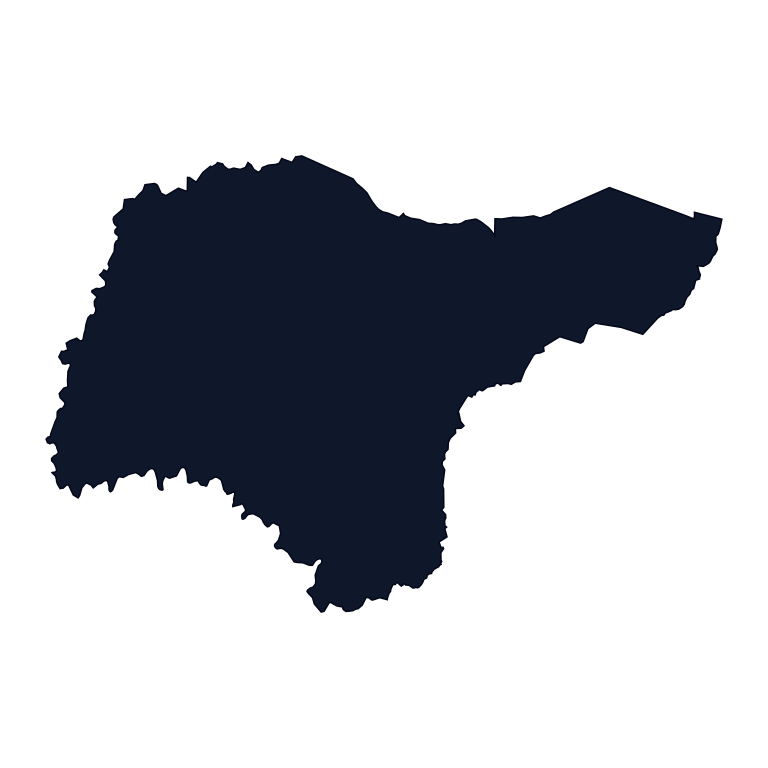 the district of Otzoloapan, México, Mexico
{"feature_id": "50627088B59132907340697", "entity_name": "Otzoloapan", "entity_type": "district", "adm_level": 2, "iso_a3": "MEX", "parent_name": "Mexico", "parent_adm1": "México", "projection": "natural_earth1", "projection_center": [-100.312, 19.099], "detail": "fine", "context": "isolated", "style": "filled", "palette": "ink", "viewbox_px": 768, "rotation_deg": 0, "n_neighbors": 0, "source": "geoboundaries", "source_scale": "gbopen_adm2", "svg_char_len": 6044}
<svg xmlns="http://www.w3.org/2000/svg" viewBox="0 0 768 768"><path d="M694.4,212.3L694.5,216.3L693.7,218.9L685.8,215.7L609.5,187.6L553.8,212.0L550.4,214.6L545.8,215.9L540.3,218.0L533.6,215.9L522.4,217.5L512.9,217.3L501.9,219.0L495.0,218.7L494.6,235.5L491.4,230.9L488.7,227.8L481.4,222.1L477.0,219.5L475.4,219.1L465.4,220.9L462.0,223.0L458.5,224.2L454.6,224.0L451.0,224.7L445.4,223.7L440.1,224.8L437.4,224.6L433.4,223.6L428.2,223.3L419.6,219.6L410.6,218.2L404.7,215.6L403.4,213.5L399.6,217.2L398.4,217.3L387.7,213.0L382.5,211.8L378.3,209.1L375.6,206.2L371.7,200.9L366.9,192.8L362.6,188.5L356.5,183.4L353.1,178.9L301.8,155.9L295.5,156.9L292.2,162.5L281.7,158.5L279.3,163.1L276.0,164.4L268.6,165.1L262.3,167.5L260.9,170.5L258.3,172.3L253.8,169.4L251.3,165.1L248.0,162.5L245.4,167.5L240.2,169.4L233.5,168.1L230.4,169.2L228.0,169.2L224.2,166.3L222.6,163.9L217.4,162.6L216.6,164.0L211.9,166.9L210.5,166.2L202.8,172.5L196.2,182.2L189.5,177.5L187.5,177.4L187.3,189.9L186.6,191.3L178.4,188.2L166.0,195.6L161.2,193.3L157.7,185.7L156.7,184.5L154.5,183.5L145.0,184.7L142.9,190.7L138.6,194.9L134.9,199.2L132.4,198.6L124.5,199.6L123.2,208.9L113.8,217.0L113.1,219.3L113.8,222.7L115.4,225.1L117.1,226.1L117.3,227.7L115.2,229.9L114.8,232.1L115.4,233.6L117.4,235.2L118.3,235.1L118.5,237.4L118.0,240.1L116.0,241.4L114.7,244.3L114.2,251.5L109.3,260.6L108.1,264.0L109.5,267.3L107.3,271.7L103.8,269.8L102.3,272.4L99.6,274.9L105.3,280.7L105.7,283.0L105.7,285.0L105.3,286.0L103.6,287.2L99.7,288.7L96.2,288.4L92.0,290.6L91.8,292.0L97.3,297.1L95.2,299.5L94.3,301.5L94.5,305.8L95.8,308.2L95.6,311.3L94.3,314.3L92.7,315.0L90.5,315.1L88.0,317.8L86.0,324.4L85.1,330.4L84.2,333.1L83.1,339.3L81.7,340.8L80.0,340.8L76.7,338.2L69.9,340.8L66.2,343.2L67.8,349.8L63.9,351.4L61.5,351.3L58.9,356.7L58.9,357.2L61.1,360.2L62.6,363.6L65.2,364.1L68.8,363.1L70.8,364.6L68.0,371.3L67.5,380.6L67.8,386.9L63.8,388.1L59.2,393.6L60.2,397.7L64.6,402.3L65.0,404.3L62.4,408.5L60.5,408.5L58.0,410.7L57.2,412.1L57.1,417.4L54.9,422.3L50.7,434.0L50.4,436.4L47.7,437.3L46.1,439.2L47.5,442.7L49.9,443.8L50.8,443.2L53.5,442.7L54.7,443.5L56.9,446.9L56.8,447.8L58.5,452.5L56.2,455.0L54.2,455.8L51.6,458.4L51.6,460.7L54.0,463.2L55.8,466.9L56.6,470.4L56.3,471.1L54.6,472.3L52.7,472.3L52.0,472.7L55.5,476.1L56.4,479.2L56.7,481.9L57.6,484.4L60.1,488.6L63.2,488.1L66.8,484.8L68.7,485.3L73.3,495.0L78.1,497.9L79.6,495.6L81.9,487.7L85.5,483.4L86.9,483.1L91.1,485.1L93.2,487.9L97.7,484.2L101.3,483.3L103.0,481.7L105.3,480.4L107.6,481.1L109.1,486.7L108.9,488.3L109.2,490.4L110.3,491.8L111.4,491.3L112.7,489.9L117.1,478.6L119.0,476.7L123.3,477.4L128.7,474.4L135.6,472.6L138.0,473.7L141.3,476.3L143.9,475.6L147.0,471.1L149.9,469.0L151.1,468.6L152.6,468.6L153.4,469.2L154.3,470.0L155.4,472.5L157.5,480.4L157.8,486.5L158.7,488.5L160.1,489.7L162.1,490.2L163.0,489.6L162.3,484.3L162.5,481.5L164.5,477.0L165.6,476.3L169.4,478.2L176.5,475.9L179.9,469.3L181.2,467.9L183.3,467.3L185.0,468.3L186.1,470.5L187.4,476.3L187.6,481.5L188.1,482.4L189.2,483.0L190.9,482.8L194.7,481.1L197.9,480.7L200.3,484.3L201.2,485.0L202.8,485.4L204.0,485.3L206.0,486.2L206.7,485.8L209.2,480.0L212.8,478.5L214.7,477.0L217.6,477.5L220.9,479.8L221.6,480.9L223.8,489.5L224.9,491.3L226.7,492.8L226.7,493.7L227.3,494.2L228.4,494.1L231.2,493.1L231.4,492.7L233.7,492.1L234.6,492.5L234.7,494.5L233.6,499.3L233.8,502.3L232.8,505.0L232.8,506.6L240.6,504.5L241.3,503.8L242.9,504.3L245.8,510.0L245.0,511.7L242.1,514.3L241.7,516.1L242.1,518.9L243.0,519.2L244.9,518.3L246.9,515.7L248.6,514.3L253.2,513.7L259.7,517.0L262.1,519.4L263.3,522.2L265.0,524.7L267.4,526.9L269.1,526.3L271.9,523.3L273.8,522.9L276.3,524.4L279.3,525.7L280.6,533.6L278.5,540.2L276.0,543.3L274.8,544.2L274.5,545.9L275.5,547.8L277.1,548.9L280.9,548.3L283.1,548.8L288.0,552.4L294.1,561.8L296.7,562.4L302.9,562.8L309.1,565.2L311.6,565.4L312.4,565.3L315.0,561.4L316.7,559.8L319.2,558.8L320.8,558.8L322.0,560.7L321.5,563.1L318.3,566.1L315.2,575.1L315.8,580.9L315.4,584.0L313.1,587.0L310.0,588.2L307.5,590.2L307.0,591.5L308.9,594.0L312.5,597.6L314.3,603.9L321.2,612.1L324.1,611.3L329.1,602.8L330.2,602.5L331.3,602.8L336.5,605.8L340.0,606.6L342.1,606.7L343.5,609.8L345.9,611.4L347.3,611.4L352.8,610.7L355.8,609.1L358.1,608.7L362.3,605.1L365.8,598.0L367.1,597.5L368.8,597.7L371.8,600.0L372.8,600.0L379.7,597.7L387.3,599.7L387.5,598.0L389.1,593.2L390.5,591.5L390.8,589.3L392.8,584.7L395.5,584.4L396.1,583.0L397.7,582.8L401.2,586.1L403.1,584.9L403.1,583.9L404.1,583.7L405.5,585.0L408.7,585.3L410.0,585.9L412.7,588.0L414.6,587.9L415.2,587.4L417.7,587.8L419.0,587.1L421.1,584.9L422.7,582.4L423.9,579.3L426.7,577.9L427.2,575.4L429.1,573.9L431.5,573.5L432.1,571.7L434.3,569.1L438.9,566.6L438.9,566.0L439.7,565.1L441.1,564.4L440.7,563.5L441.7,561.5L441.0,559.9L440.9,552.7L443.6,548.7L443.1,547.3L441.1,547.6L439.0,542.0L447.0,536.9L444.8,528.6L446.6,527.1L444.9,525.5L444.6,520.7L445.8,517.9L445.6,514.6L441.6,510.1L443.8,507.3L443.6,488.9L442.6,486.1L444.7,469.9L442.1,465.0L442.3,461.5L444.9,459.0L444.5,454.1L445.4,452.0L448.0,449.4L448.4,442.4L450.3,438.2L455.6,433.0L455.4,428.5L461.2,428.2L464.0,425.8L460.6,421.4L458.8,413.0L457.6,413.2L459.5,408.7L467.5,395.9L468.6,395.7L471.8,397.1L473.2,394.8L475.2,394.9L475.9,392.4L479.2,389.5L482.0,390.8L483.0,390.5L487.5,387.0L494.6,385.9L495.4,383.8L498.2,383.2L500.6,385.3L501.4,385.0L501.9,383.8L508.1,383.5L511.3,384.3L515.3,381.9L520.4,381.5L524.7,370.4L533.5,355.2L535.6,353.5L540.2,352.9L544.0,351.2L543.5,346.6L559.8,336.7L580.6,343.1L583.1,341.6L587.9,328.7L595.2,323.2L621.3,327.4L642.8,334.3L657.6,318.2L661.3,315.5L663.9,315.1L665.2,313.1L671.0,310.8L672.7,309.5L675.3,309.7L678.7,309.2L682.6,306.6L684.2,304.4L685.0,301.4L686.4,298.3L687.4,296.7L689.8,294.2L690.9,291.2L691.7,290.0L692.5,289.0L693.6,288.7L695.7,280.3L699.6,278.9L699.4,277.8L700.2,275.9L700.3,274.6L698.8,271.0L698.1,267.4L696.7,265.7L703.4,266.4L708.6,263.4L710.2,261.6L712.8,256.2L715.1,254.0L717.3,249.6L717.2,248.0L715.7,242.4L715.8,237.0L716.0,236.2L718.0,234.4L718.5,233.2L720.1,227.8L721.9,219.2L694.4,212.3Z" fill="#0f172a" stroke="#020617" stroke-width="1.5"/></svg>